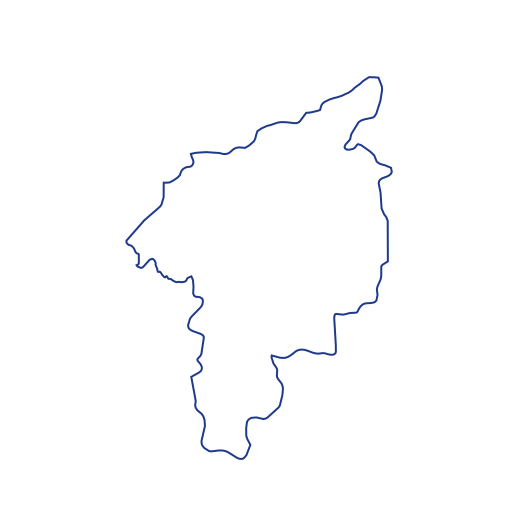 SVG path tracing the border of Arhangay, rotated 283°
{"feature_id": "MNG-3316", "entity_name": "Arhangay", "entity_type": "Province", "adm_level": 1, "iso_a3": "MNG", "parent_name": "Mongolia", "parent_adm1": "", "projection": "albers", "projection_center": [100.83, 48.018], "detail": "fine", "context": "isolated", "style": "outline", "palette": "blue", "viewbox_px": 512, "rotation_deg": 283, "n_neighbors": 0, "source": "natural_earth", "source_scale": "10m", "svg_char_len": 4353}
<svg xmlns="http://www.w3.org/2000/svg" viewBox="0 0 512 512"><g transform="rotate(283 256 256)"><path d="M306.7,149.6L307.6,153.6L308.5,155.6L311.2,158.7L312.8,160.1L314.3,161.6L317.7,163.7L320.5,163.9L322.2,164.3L323.0,164.6L324.6,165.6L326.5,167.6L327.3,169.2L328.0,171.3L328.8,172.6L330.0,173.4L331.4,173.9L333.0,174.0L335.1,173.3L337.9,171.2L340.9,169.6L343.1,174.4L346.0,184.0L348.0,196.4L348.1,198.1L348.0,201.2L348.6,203.5L349.2,205.0L350.3,206.5L351.6,207.6L355.1,210.1L356.9,212.3L358.0,214.9L358.9,221.0L361.1,223.4L362.2,224.5L367.0,228.0L368.6,228.5L370.3,228.9L373.7,228.9L378.0,229.3L381.6,232.7L385.4,237.7L387.0,241.0L389.0,244.0L391.1,247.7L392.1,250.3L393.2,255.8L394.1,263.7L394.6,265.6L395.0,266.4L396.2,267.8L397.6,268.7L402.6,270.9L406.8,272.7L407.7,275.8L408.4,277.4L410.9,282.6L412.7,285.6L416.2,285.7L418.0,286.0L419.5,286.6L421.3,287.9L425.1,292.5L427.4,296.4L429.3,300.1L431.7,304.0L433.6,306.3L436.0,309.5L439.2,312.4L442.5,314.6L447.3,318.8L450.6,321.0L455.6,325.8L456.7,330.7L457.3,335.2L449.7,340.4L446.3,341.5L434.9,342.3L421.9,341.2L419.0,340.2L417.3,339.0L413.2,330.3L411.6,327.9L409.5,325.9L396.8,321.6L394.8,321.4L390.8,321.5L384.8,318.2L383.8,317.9L381.9,317.8L380.7,318.8L380.1,320.5L380.5,322.7L381.3,324.7L382.3,326.5L383.5,327.9L385.1,328.6L386.7,329.3L387.9,330.2L387.7,333.4L383.6,343.5L380.7,348.5L375.1,352.4L374.4,354.0L373.6,356.3L373.4,361.6L372.3,367.7L368.5,369.4L366.5,369.0L364.6,367.7L363.2,366.1L360.1,361.5L358.2,359.7L356.4,359.1L354.4,359.2L345.7,363.1L330.5,367.7L325.4,371.5L323.4,374.0L320.0,376.4L280.4,385.7L275.8,381.1L274.1,380.4L264.8,382.5L261.4,382.7L253.3,381.2L250.6,381.3L245.3,383.2L239.6,383.3L238.1,382.3L237.0,380.9L236.0,378.4L234.5,373.4L233.2,371.3L230.8,369.4L228.5,368.4L224.6,367.4L223.8,367.0L223.2,366.0L222.1,362.0L221.2,359.5L219.5,356.4L218.4,353.8L217.6,347.1L216.8,346.1L215.3,345.9L213.0,346.2L187.2,353.8L180.5,355.4L179.1,355.2L177.8,354.3L176.9,352.5L176.5,349.9L176.5,347.7L176.7,345.7L176.6,344.1L176.3,342.5L175.5,340.5L174.8,338.5L174.5,335.5L174.6,332.8L175.3,327.5L175.5,324.7L175.2,322.0L174.3,319.2L172.6,316.7L167.1,312.2L165.0,310.0L163.8,308.3L162.8,305.5L162.3,302.3L162.6,293.7L160.8,293.9L155.6,296.9L153.7,298.8L152.3,300.4L151.0,301.6L149.5,302.4L144.8,303.1L142.9,303.7L141.4,304.8L137.6,309.5L136.1,310.6L134.9,311.3L132.7,312.1L126.6,313.0L117.7,312.9L115.4,312.8L113.5,312.1L101.0,303.4L99.6,301.7L98.8,299.7L98.8,292.7L97.3,288.0L96.3,286.8L95.4,285.9L94.2,285.2L93.0,284.7L91.7,284.6L85.8,285.2L78.5,287.0L75.6,288.8L70.7,293.0L60.0,291.5L58.0,290.6L55.8,289.2L55.0,287.5L54.7,285.4L55.1,282.9L58.6,272.7L59.0,270.3L59.0,267.4L58.2,263.6L55.8,257.1L55.3,254.3L57.3,248.8L58.4,247.4L59.8,245.9L61.6,245.0L63.7,244.5L78.9,244.5L84.5,242.8L87.7,240.9L90.0,238.5L92.5,233.5L94.7,231.3L96.9,230.3L101.2,229.9L123.7,220.1L129.8,226.9L132.0,228.4L133.7,228.6L135.7,228.2L137.8,226.6L139.2,224.9L140.2,223.4L141.1,222.5L142.1,222.1L143.5,222.7L144.9,223.6L146.5,224.4L148.2,224.8L164.2,223.6L165.7,223.2L166.8,222.1L167.6,219.8L168.7,210.8L169.4,208.6L170.2,207.0L171.8,205.9L173.3,205.4L180.1,205.8L182.7,207.0L193.4,213.5L195.3,214.3L197.5,214.7L200.2,214.4L202.3,213.3L203.2,210.7L203.1,208.7L202.7,206.5L203.5,204.5L205.4,203.2L212.1,202.0L218.4,200.0L221.6,197.6L220.0,195.3L219.3,194.5L218.8,194.2L218.4,194.0L217.0,193.7L216.1,193.4L215.7,193.1L215.3,192.7L214.8,192.0L214.1,190.5L213.8,189.3L213.5,187.8L213.5,186.6L212.7,184.8L212.6,184.1L212.8,182.7L213.1,181.5L213.8,179.5L214.4,178.5L214.4,177.5L214.3,176.9L214.1,176.4L214.1,175.9L214.4,175.4L215.8,174.1L216.2,173.7L216.1,173.3L215.8,172.9L214.8,172.4L214.7,171.9L215.1,171.0L216.2,169.2L217.5,167.9L218.5,166.8L218.9,166.1L218.9,165.4L218.6,165.0L218.5,164.4L218.7,163.9L220.2,163.0L221.3,162.6L224.1,160.6L225.0,160.1L225.8,159.9L226.3,159.9L226.8,159.7L227.3,159.4L228.9,158.1L229.3,157.5L229.8,156.4L229.9,155.8L229.9,155.5L228.5,153.3L220.1,148.6L219.3,147.9L218.8,147.3L218.5,146.1L218.7,145.5L218.9,144.0L219.2,142.7L220.2,141.7L221.5,143.3L223.0,143.4L231.3,141.4L231.7,140.6L231.7,139.6L231.9,138.9L233.0,137.5L235.7,135.6L236.9,134.1L237.8,132.6L238.1,131.8L238.2,129.7L238.3,129.1L238.5,128.7L238.9,128.2L239.2,127.6L240.1,126.7L241.9,126.3L243.8,127.4L265.6,139.1L282.1,151.1L284.5,152.3L292.4,152.8L306.7,149.6Z" fill="none" stroke="#1e3a8a" stroke-width="2"/></g></svg>